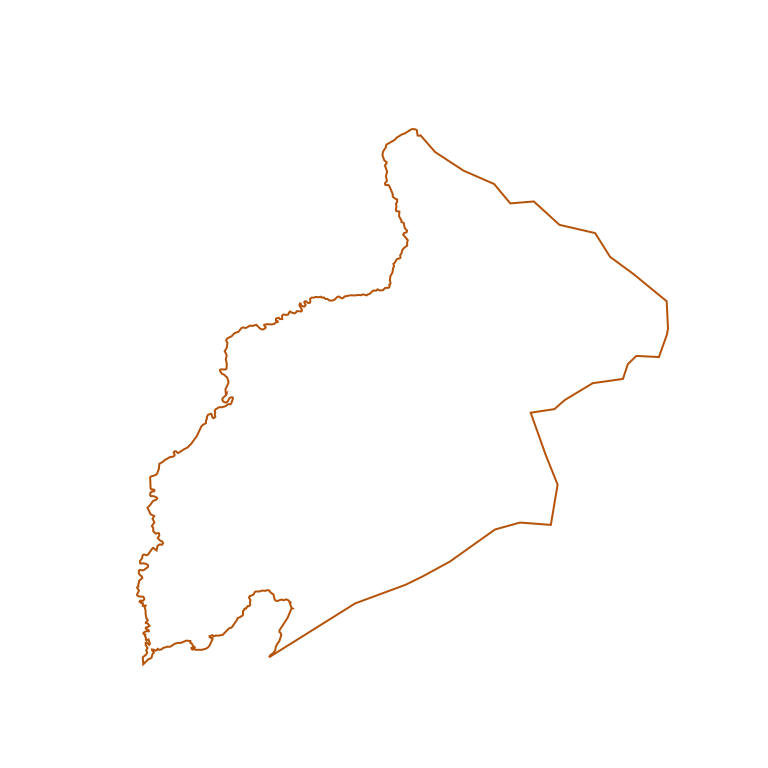 the district of Myangad, Hovd, Mongolia, rotated 78°
{"feature_id": "93677404B16337473232636", "entity_name": "Myangad", "entity_type": "district", "adm_level": 2, "iso_a3": "MNG", "parent_name": "Mongolia", "parent_adm1": "Hovd", "projection": "mercator", "projection_center": [91.966, 48.561], "detail": "fine", "context": "isolated", "style": "outline", "palette": "amber", "viewbox_px": 768, "rotation_deg": 78, "n_neighbors": 0, "source": "geoboundaries", "source_scale": "gbopen_adm2", "svg_char_len": 6162}
<svg xmlns="http://www.w3.org/2000/svg" viewBox="0 0 768 768"><g transform="rotate(78 384 384)"><path d="M627.4,553.2L592.6,457.8L584.9,404.8L580.1,385.7L571.4,356.5L549.4,305.7L547.8,279.8L556.5,250.1L518.5,235.1L487.5,240.5L442.6,246.5L444.0,222.5L437.3,210.6L426.6,179.7L428.7,149.2L415.3,141.4L409.0,131.3L414.8,109.5L394.7,97.1L388.9,94.7L361.8,90.3L328.0,117.4L306.7,136.4L280.3,146.1L264.8,179.3L236.6,199.5L233.6,222.9L211.3,234.7L191.9,261.8L167.7,285.8L148.3,296.6L148.5,297.9L147.9,299.5L142.5,299.1L141.3,300.6L140.6,303.0L140.6,304.4L143.2,311.5L143.6,314.6L145.7,320.4L147.3,322.5L150.3,331.7L151.1,332.5L153.1,333.1L156.2,336.4L158.5,337.5L159.9,337.9L165.1,337.3L167.7,335.3L168.5,335.5L170.5,337.7L176.7,336.8L181.2,338.9L186.1,338.9L187.8,341.3L188.7,341.4L189.8,341.1L190.3,338.3L191.9,337.5L200.6,335.9L201.9,336.5L203.0,336.3L205.6,333.9L206.2,332.7L209.0,333.5L210.2,334.9L213.1,334.9L215.8,336.2L217.4,336.0L218.5,333.1L223.1,334.4L227.8,332.9L229.0,333.3L230.6,331.2L235.9,331.3L238.7,329.5L240.3,330.4L240.5,333.0L241.9,334.2L248.3,330.8L250.1,331.9L253.5,332.6L255.1,336.2L256.8,338.3L259.8,339.7L261.4,341.4L263.9,341.6L264.5,342.8L264.3,344.4L264.7,345.7L267.8,348.4L268.5,349.9L270.8,349.6L272.5,351.0L276.8,352.6L279.8,355.3L283.8,356.7L286.6,356.6L287.5,357.2L288.0,358.3L289.3,358.1L290.5,358.7L290.9,359.6L290.5,360.6L290.4,363.3L292.0,365.3L291.7,368.5L290.1,370.5L291.1,372.4L290.4,374.6L290.7,375.9L292.8,379.1L293.1,381.5L293.7,382.5L291.9,386.1L292.4,388.0L291.7,390.1L291.2,394.7L290.3,397.9L290.2,404.1L291.5,406.6L291.4,407.5L289.0,410.0L289.2,411.7L291.5,415.3L291.5,417.3L291.1,420.0L289.1,421.6L288.6,423.6L286.8,424.9L286.6,426.8L285.4,427.9L285.5,430.3L284.6,432.8L284.9,434.4L284.5,437.1L285.6,438.7L288.2,438.9L289.1,439.5L289.2,440.5L288.8,441.6L286.8,443.2L286.7,444.0L287.3,445.0L290.5,444.3L291.7,445.7L291.5,446.7L290.5,448.0L289.6,448.8L287.9,448.8L287.7,449.4L289.4,450.4L294.1,448.9L295.4,449.2L295.8,449.9L294.6,454.1L296.2,455.9L296.3,456.8L294.8,459.7L293.8,460.3L293.6,461.2L296.2,463.4L296.3,464.5L295.1,468.1L296.1,469.6L299.3,470.0L298.8,472.4L297.4,473.1L297.3,474.6L297.7,476.1L299.2,476.5L300.6,474.9L301.3,475.1L301.2,476.8L302.4,478.9L302.4,481.5L301.2,485.8L301.2,488.8L302.0,489.0L304.0,487.9L304.6,488.3L305.5,490.6L305.2,492.0L304.1,493.6L299.5,496.7L299.9,500.4L299.0,503.1L300.4,506.9L300.3,508.1L299.4,510.0L299.5,511.6L302.7,515.6L303.2,519.7L305.7,523.3L306.6,527.3L308.4,529.4L311.2,528.6L315.9,530.3L318.8,533.0L322.4,532.0L324.0,532.2L326.8,533.6L331.7,533.6L336.1,534.8L336.9,535.8L335.8,540.5L335.9,541.3L337.0,541.8L340.4,540.3L341.4,538.7L345.0,536.1L349.0,535.6L350.9,536.1L356.2,540.2L360.4,540.7L360.0,539.6L361.2,540.2L362.1,540.9L364.5,545.0L365.8,545.4L367.3,545.1L368.8,543.7L369.2,542.1L368.7,540.6L365.8,538.2L365.2,536.7L365.4,535.2L366.1,534.7L367.3,535.0L371.3,537.5L371.9,538.3L371.4,540.5L371.6,541.5L372.4,542.9L372.9,544.7L373.0,547.7L372.4,550.0L373.9,554.3L375.2,555.2L377.0,555.0L378.5,555.9L381.0,555.8L381.6,556.5L381.9,558.1L381.4,558.6L377.4,559.1L377.1,559.7L377.6,562.6L379.5,564.2L380.8,564.2L382.4,565.5L385.3,566.3L386.2,569.4L387.3,571.3L395.9,577.8L402.3,584.9L405.2,589.3L406.4,593.6L408.7,599.4L408.4,600.3L406.6,601.4L406.3,602.8L407.1,603.9L409.8,603.5L410.7,604.1L411.2,605.8L411.0,608.9L412.4,612.4L412.4,613.6L414.2,616.6L415.3,620.3L420.5,622.0L424.4,624.5L425.5,626.0L426.1,631.6L427.0,632.2L437.5,634.0L438.5,633.7L439.5,631.0L440.2,630.6L441.2,631.3L441.1,633.9L441.8,635.0L444.1,635.9L445.1,635.5L445.9,632.5L447.6,630.1L448.6,629.6L449.7,630.4L450.4,634.3L454.2,638.4L455.8,641.1L462.8,639.4L465.5,636.2L467.6,638.4L471.7,637.4L474.6,640.6L476.8,639.6L479.9,640.3L482.8,638.6L482.8,636.2L483.3,635.1L485.5,635.3L487.7,637.3L490.2,635.9L491.9,633.7L493.5,633.1L495.1,634.6L494.3,636.8L495.2,639.2L499.5,641.1L496.3,643.8L496.3,644.3L502.0,650.6L502.0,652.1L501.1,653.5L500.9,654.9L501.8,655.9L504.1,656.8L506.5,659.6L508.9,659.7L509.4,656.3L510.6,654.0L512.0,652.6L513.1,652.7L514.1,653.2L516.1,657.8L516.0,659.2L515.1,661.5L515.6,662.5L518.1,663.2L520.6,662.1L521.9,660.9L523.5,660.7L525.8,664.7L527.4,664.9L529.2,666.2L530.8,666.2L531.7,667.9L535.1,666.6L538.6,669.4L539.8,669.2L540.9,667.6L542.0,663.8L543.3,663.2L544.7,663.3L545.8,664.6L546.0,665.4L545.2,667.4L545.9,668.3L547.3,667.6L548.4,665.4L550.8,666.1L551.1,663.3L551.9,663.6L552.5,664.6L556.2,664.3L559.3,665.0L563.9,665.1L565.8,664.1L566.5,664.6L567.4,666.3L568.3,666.7L569.2,664.9L571.8,663.6L572.6,665.6L572.6,667.2L573.1,667.8L573.6,667.9L576.1,665.3L576.9,665.3L577.1,665.6L576.3,667.4L576.9,670.1L577.7,671.2L578.7,670.9L579.5,669.5L580.8,670.3L582.9,669.5L584.5,670.2L585.5,669.5L584.9,667.4L589.4,667.0L590.3,667.9L587.5,670.1L587.5,670.9L589.7,671.4L593.1,670.2L595.1,672.0L597.2,671.4L599.1,672.8L601.2,676.8L608.1,677.7L604.1,671.5L604.1,669.8L603.1,668.1L600.3,666.8L598.8,664.9L596.0,666.3L595.4,666.2L596.1,664.3L597.3,663.0L597.0,661.1L596.0,660.5L597.2,659.1L597.4,656.7L596.3,655.1L595.9,650.2L596.5,648.5L596.4,647.3L594.5,642.5L594.4,639.2L595.0,636.6L593.9,630.7L595.2,626.8L597.0,627.2L597.6,626.1L600.6,625.2L602.2,623.8L602.5,624.0L601.9,625.8L602.1,627.2L603.3,627.2L604.0,626.5L603.9,625.8L602.8,626.2L602.6,625.8L604.8,623.7L606.1,617.7L605.9,613.1L605.0,610.8L603.6,609.1L597.8,604.6L596.6,604.9L596.7,605.8L595.2,607.2L594.4,607.1L594.0,604.0L595.5,602.9L595.0,600.9L595.6,599.1L595.9,594.1L590.8,586.4L590.6,584.0L589.9,582.9L583.9,576.6L582.4,575.8L582.3,573.9L581.1,570.6L580.3,569.8L576.8,569.2L576.2,568.1L574.9,567.3L574.6,566.4L575.0,565.7L572.9,563.5L573.3,562.3L572.3,560.7L569.5,560.5L567.9,559.6L564.6,560.5L563.4,559.2L563.6,558.6L562.9,555.6L560.6,553.5L560.3,552.5L561.1,548.6L560.7,546.3L561.7,542.9L561.3,541.4L562.1,539.2L564.5,538.2L566.8,535.9L571.6,535.8L573.2,535.2L574.1,533.4L573.5,529.3L574.7,527.0L574.3,524.6L575.0,523.2L578.2,520.8L578.5,520.9L578.5,521.7L580.1,521.5L583.6,521.0L584.6,520.1L584.6,520.8L584.2,521.1L592.8,527.0L603.0,537.3L604.7,537.9L605.8,537.0L608.2,536.6L614.0,540.0L615.6,542.1L618.8,544.6L621.8,545.7L624.1,548.2L625.6,551.6L627.4,553.2Z" fill="none" stroke="#b45309" stroke-width="2"/></g></svg>